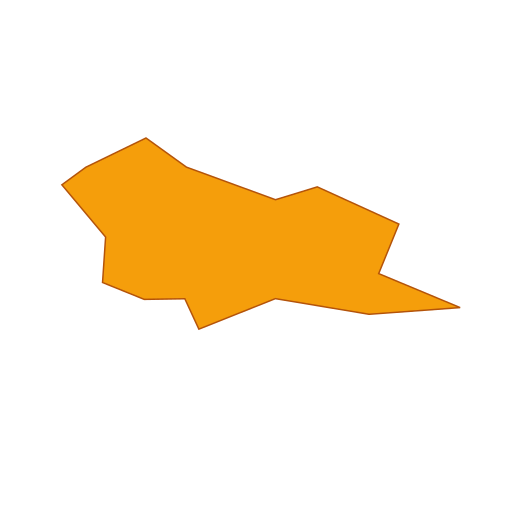 map outline of Saint George (Natural Earth projection), rotated 117°
{"feature_id": "ATG-5093", "entity_name": "Saint George", "entity_type": "Parish", "adm_level": 1, "iso_a3": "ATG", "parent_name": "Antigua and Barbuda", "parent_adm1": "", "projection": "natural_earth1", "projection_center": [-61.781, 17.118], "detail": "fine", "context": "isolated", "style": "filled", "palette": "amber", "viewbox_px": 512, "rotation_deg": 117, "n_neighbors": 0, "source": "natural_earth", "source_scale": "10m", "svg_char_len": 373}
<svg xmlns="http://www.w3.org/2000/svg" viewBox="0 0 512 512"><g transform="rotate(117 256 256)"><path d="M209.3,50.7L256.6,128.8L285.2,219.4L347.1,273.7L326.4,300.0L345.4,335.9L349.3,380.7L307.4,398.6L280.7,461.3L254.1,447.9L200.8,407.6L208.4,358.3L197.0,264.2L166.6,232.8L162.7,143.2L216.0,138.7L209.3,50.7Z" fill="#f59e0b" stroke="#b45309" stroke-width="1.5"/></g></svg>